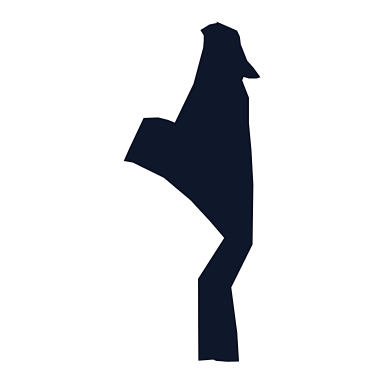 the district of Sayat, Chardzhou, Turkmenistan
{"feature_id": "10190150B84447090793547", "entity_name": "Sayat", "entity_type": "district", "adm_level": 2, "iso_a3": "TKM", "parent_name": "Turkmenistan", "parent_adm1": "Chardzhou", "projection": "equal_earth", "projection_center": [63.688, 37.927], "detail": "fine", "context": "isolated", "style": "filled", "palette": "ink", "viewbox_px": 384, "rotation_deg": 0, "n_neighbors": 0, "source": "geoboundaries", "source_scale": "gbopen_adm2", "svg_char_len": 907}
<svg xmlns="http://www.w3.org/2000/svg" viewBox="0 0 384 384"><path d="M253.0,68.3L246.6,61.1L240.1,44.7L239.1,36.8L236.5,31.2L217.8,23.0L218.0,23.5L209.8,25.2L201.4,30.3L204.5,35.1L204.5,37.6L204.5,40.7L203.9,47.9L201.2,57.9L194.2,84.1L175.1,123.8L173.0,122.7L167.7,120.6L158.2,118.2L144.1,118.7L130.8,147.0L130.5,147.5L124.8,160.4L133.1,161.8L142.3,166.4L161.3,175.7L164.3,177.2L172.4,184.0L177.4,188.3L177.5,188.3L191.4,200.0L196.5,205.6L210.5,220.7L224.6,237.2L225.2,237.8L198.8,279.0L198.9,324.9L198.9,325.0L199.1,359.9L213.4,358.8L216.2,360.1L227.1,361.0L238.2,360.8L236.5,332.8L230.5,287.2L237.0,274.2L251.8,244.3L252.6,184.8L251.4,163.2L250.8,151.3L250.2,144.7L248.2,123.1L248.2,122.7L248.2,98.0L248.2,97.8L244.5,88.4L241.4,80.3L243.1,76.0L243.5,76.1L249.0,77.7L250.3,77.7L256.6,77.7L257.8,77.3L258.4,77.1L259.2,76.8L258.4,75.7L253.0,68.3Z" fill="#0f172a" stroke="#020617" stroke-width="1.5"/></svg>